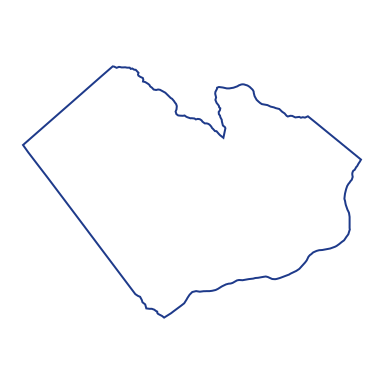 Piçarra, Pará, Brazil (orthographic projection)
{"feature_id": "56859067B84152157059317", "entity_name": "Piçarra", "entity_type": "district", "adm_level": 2, "iso_a3": "BRA", "parent_name": "Brazil", "parent_adm1": "Pará", "projection": "orthographic", "projection_center": [-48.935, -6.553], "detail": "fine", "context": "isolated", "style": "outline", "palette": "blue", "viewbox_px": 384, "rotation_deg": 0, "n_neighbors": 0, "source": "geoboundaries", "source_scale": "gbopen_adm2", "svg_char_len": 2999}
<svg xmlns="http://www.w3.org/2000/svg" viewBox="0 0 384 384"><path d="M23.0,145.0L28.5,152.7L48.2,178.4L81.2,222.2L102.0,249.9L135.3,294.1L137.8,295.8L140.1,296.8L141.8,300.0L142.5,302.3L145.2,304.4L146.3,308.4L149.5,308.8L151.8,308.8L154.3,309.7L156.0,311.0L157.2,311.6L157.3,312.9L158.1,313.9L162.1,316.0L164.1,317.6L171.1,313.2L173.3,311.5L181.1,305.7L184.2,303.3L186.6,299.5L187.6,297.7L189.6,294.7L192.3,292.0L196.1,291.1L199.8,291.7L203.7,291.2L209.7,291.1L212.1,290.8L215.6,290.0L217.9,288.9L221.7,286.5L223.1,285.8L226.0,284.4L228.6,283.7L230.7,283.5L232.6,282.9L237.0,280.4L239.0,280.0L242.6,280.2L248.8,279.1L253.2,278.6L255.4,278.0L258.0,277.8L263.7,276.8L265.8,276.5L267.8,277.0L269.1,277.6L272.2,279.0L275.1,279.2L276.8,278.9L279.9,278.0L289.2,274.5L290.4,273.7L296.3,270.9L299.3,268.9L305.1,262.5L306.7,260.4L308.5,256.7L310.0,255.0L311.1,254.3L313.2,252.4L316.6,250.9L319.2,250.2L322.3,250.0L330.2,248.5L334.9,246.8L336.5,246.0L339.3,244.0L341.6,242.1L344.1,240.3L346.5,236.7L347.6,235.3L348.4,234.1L348.9,232.3L349.8,229.5L349.6,228.1L349.6,216.9L349.0,212.9L348.1,210.9L347.5,209.8L345.8,204.9L345.4,203.1L345.1,201.2L344.4,198.8L344.7,196.0L345.0,193.7L346.1,189.2L347.2,186.0L348.6,183.7L349.5,182.7L350.4,181.3L351.8,179.7L352.7,176.9L352.3,174.7L352.3,173.2L352.7,171.9L353.3,170.7L354.6,169.9L355.4,168.6L356.1,167.2L357.1,166.2L358.5,163.6L359.8,161.7L361.0,159.6L316.7,123.4L307.9,116.3L305.0,117.6L302.8,117.2L300.9,117.7L299.3,116.9L295.3,117.4L292.2,115.9L290.3,115.8L287.8,116.5L286.6,115.8L284.6,113.4L282.2,111.8L279.3,109.0L275.7,108.1L274.0,107.4L270.6,106.6L267.5,105.1L261.9,104.1L260.3,103.1L258.5,101.6L256.6,99.8L254.6,96.2L253.8,93.1L253.6,91.4L252.6,89.7L249.7,86.9L247.5,85.5L243.9,84.4L242.6,84.3L241.2,84.5L238.8,85.4L237.4,86.3L233.5,87.7L229.3,88.4L226.8,88.4L222.8,87.5L218.9,87.0L217.1,87.7L216.9,89.0L215.4,91.9L215.2,93.8L216.1,97.4L215.4,99.9L216.6,102.9L218.3,105.0L219.0,106.2L219.2,107.4L220.3,108.3L219.9,110.3L218.7,112.0L218.9,114.2L220.0,115.6L220.4,117.3L221.7,119.7L221.9,121.5L222.9,125.5L224.8,127.0L225.4,128.2L223.4,137.8L221.5,136.3L220.2,135.3L218.9,134.0L216.5,131.2L215.0,131.1L213.2,129.1L211.9,127.8L211.3,126.6L209.7,124.8L208.4,123.9L206.8,123.4L204.8,123.4L202.5,121.7L201.5,120.3L199.8,119.2L197.8,118.9L195.8,119.4L194.5,118.5L191.7,118.2L190.5,118.3L188.7,117.7L187.0,117.1L185.6,116.3L184.6,115.5L182.9,115.8L179.5,115.6L178.1,115.4L176.4,114.1L175.6,111.6L176.5,109.4L176.8,106.1L176.1,104.0L174.9,102.5L174.1,101.2L172.1,98.8L170.7,98.0L169.6,96.9L165.3,92.7L163.7,91.8L161.1,90.4L160.0,89.8L158.1,89.5L156.1,90.0L153.6,89.5L152.1,87.8L150.2,86.4L149.4,84.9L148.2,83.9L145.3,82.1L143.0,81.5L143.3,79.6L142.8,78.0L140.2,76.8L138.4,75.6L138.0,74.4L138.5,72.8L137.0,71.2L135.7,69.8L134.2,69.7L132.2,68.5L130.8,68.9L129.7,67.7L127.3,67.7L125.2,67.3L123.1,67.4L121.5,67.4L120.3,67.1L119.0,66.9L116.6,67.8L114.1,66.6L112.7,66.4L100.4,77.1L70.5,103.4L65.8,107.5L23.0,145.0Z" fill="none" stroke="#1e3a8a" stroke-width="2"/></svg>